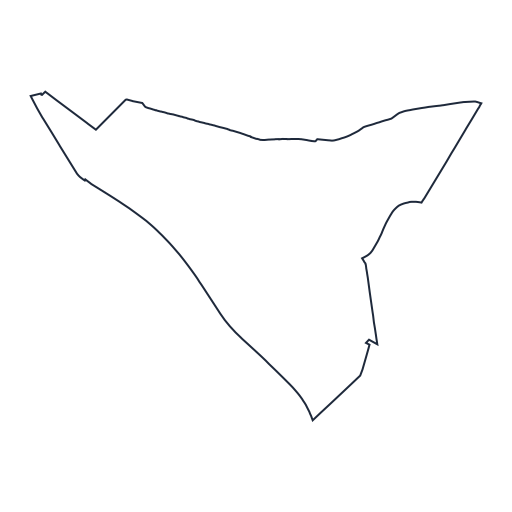 the district of Alblasserdam, Zuid-Holland, Netherlands
{"feature_id": "6326949B80110375564043", "entity_name": "Alblasserdam", "entity_type": "district", "adm_level": 2, "iso_a3": "NLD", "parent_name": "Netherlands", "parent_adm1": "Zuid-Holland", "projection": "robinson", "projection_center": [4.666, 51.86], "detail": "fine", "context": "isolated", "style": "outline", "palette": "slate", "viewbox_px": 512, "rotation_deg": 0, "n_neighbors": 0, "source": "geoboundaries", "source_scale": "gbopen_adm2", "svg_char_len": 5912}
<svg xmlns="http://www.w3.org/2000/svg" viewBox="0 0 512 512"><path d="M312.7,420.3L320.5,412.9L330.2,403.9L343.5,391.4L360.2,375.6L362.5,369.5L366.0,357.3L368.6,348.1L369.5,344.7L366.0,342.9L369.0,339.7L377.3,344.3L376.9,341.8L376.9,341.5L376.5,339.2L375.9,334.9L375.9,334.7L375.8,334.3L374.9,328.2L373.9,322.3L373.1,315.5L372.6,312.3L369.8,292.7L367.8,277.8L367.1,273.5L367.0,272.6L366.2,268.1L366.2,267.7L365.8,264.8L365.5,264.1L365.5,263.5L364.4,262.1L363.7,260.8L362.1,258.3L363.9,257.4L366.1,256.2L367.3,255.5L368.3,254.8L368.9,254.3L369.6,253.7L370.4,253.0L371.2,252.0L372.3,250.6L373.2,249.1L377.7,241.4L378.8,239.2L379.7,237.2L380.9,234.9L381.8,232.9L382.2,231.8L382.7,230.6L383.3,229.1L385.8,223.6L386.2,222.8L387.0,221.3L389.8,216.3L390.7,214.8L391.4,213.7L392.1,212.5L393.1,211.1L394.3,209.7L395.9,208.1L397.2,206.9L397.6,206.6L398.7,205.7L399.9,205.1L400.9,204.6L402.2,204.1L403.8,203.5L404.6,203.3L405.2,203.1L407.1,202.7L407.7,202.6L409.6,202.0L410.3,201.9L410.8,201.9L411.5,201.8L413.1,201.8L416.0,201.8L418.5,202.1L420.5,202.4L421.5,202.6L422.2,201.4L423.3,199.8L423.5,199.4L424.1,198.7L446.6,161.5L451.6,152.9L454.2,148.7L465.4,129.9L466.0,128.8L471.6,119.6L475.3,113.4L478.1,108.7L479.1,107.3L479.5,106.5L480.1,105.2L480.8,104.2L481.3,103.3L479.5,102.8L478.7,102.5L477.1,102.0L476.3,101.8L475.6,101.6L475.0,101.5L474.4,101.5L465.0,102.0L463.1,102.1L462.0,102.3L460.4,102.5L455.8,103.2L449.8,104.1L443.3,105.2L442.2,105.3L440.4,105.6L437.4,105.9L434.7,106.2L432.2,106.5L429.8,106.8L429.3,106.8L427.0,107.2L424.7,107.6L421.8,108.0L418.2,108.6L415.2,109.1L412.8,109.5L410.0,110.1L407.5,110.5L405.5,110.9L403.7,111.4L401.5,112.2L399.7,112.8L398.7,113.3L396.8,114.6L394.7,116.2L392.8,117.6L391.4,118.6L390.1,119.0L387.9,119.7L385.4,120.3L383.1,121.0L381.5,121.5L379.3,122.3L376.7,123.0L374.2,123.9L371.3,124.8L368.7,125.5L366.3,126.2L364.5,126.8L363.3,127.3L362.2,128.2L360.6,129.3L358.7,130.7L357.3,131.5L353.6,133.4L352.1,134.1L350.5,135.0L348.5,135.9L346.8,136.6L344.9,137.3L343.7,137.7L342.2,138.1L340.7,138.6L339.6,139.0L338.7,139.3L337.8,139.5L335.9,140.0L335.1,140.2L334.3,140.4L333.5,140.5L332.8,140.6L332.1,140.6L331.2,140.6L330.6,140.5L329.8,140.4L328.4,140.3L317.3,139.2L315.5,141.2L314.6,141.3L312.6,141.1L311.5,141.0L311.0,140.9L310.9,140.8L310.5,140.8L308.3,140.4L307.0,140.1L305.7,139.9L304.4,139.7L303.2,139.5L302.4,139.4L301.2,139.2L300.6,139.2L299.7,139.1L298.7,139.0L297.1,139.0L294.8,139.0L294.2,139.0L291.3,139.0L289.9,139.1L288.6,139.1L288.0,139.1L287.2,139.2L286.9,139.0L285.6,139.0L284.9,139.0L284.2,139.0L283.4,139.0L283.0,138.9L282.1,139.0L281.6,139.0L280.9,139.2L280.4,139.1L279.6,139.1L279.5,139.3L279.3,139.3L278.7,139.3L278.5,139.1L275.3,139.2L274.2,139.4L273.3,139.4L268.8,139.6L268.5,139.6L266.6,139.8L264.7,140.0L263.3,140.0L262.9,140.0L261.3,139.9L260.6,139.9L260.1,139.8L259.1,139.4L257.3,138.9L257.1,138.9L256.7,138.9L256.4,138.9L256.1,138.8L252.7,137.6L251.1,137.1L251.2,136.9L250.9,136.7L250.7,136.7L250.4,136.4L250.2,136.3L248.1,135.8L243.2,134.0L242.8,133.9L242.5,133.8L240.0,132.9L236.6,131.9L233.0,130.8L232.5,130.7L231.3,130.5L230.6,130.3L230.1,130.2L229.6,130.0L229.2,129.7L228.7,129.5L228.3,129.5L228.2,129.4L227.8,129.2L227.5,129.0L227.0,128.9L224.7,128.3L223.6,128.0L221.5,127.5L219.7,127.1L218.0,126.6L216.2,126.1L215.6,125.9L215.0,125.7L214.5,125.5L214.0,125.4L213.4,125.3L210.8,124.6L209.9,124.5L209.6,124.4L209.0,124.2L207.8,123.8L207.4,123.8L206.8,123.7L206.3,123.6L205.5,123.4L205.0,123.3L204.4,123.0L203.9,122.9L201.2,122.3L200.1,122.1L199.7,122.0L198.1,121.4L197.7,121.4L197.2,121.3L196.5,121.1L195.2,120.7L194.3,120.2L194.1,120.1L193.8,120.0L193.3,119.9L193.1,119.8L192.8,119.7L192.1,119.6L191.2,119.4L190.5,119.3L189.9,119.2L189.5,119.1L189.1,118.9L188.7,118.8L188.5,118.7L188.2,118.7L187.9,118.6L187.7,118.6L187.3,118.4L186.8,118.1L186.3,117.9L184.9,117.6L184.5,117.5L183.9,117.4L183.4,117.3L182.8,117.0L182.5,116.9L182.2,116.8L181.9,116.7L180.5,116.5L180.1,116.4L179.4,116.1L178.9,116.1L178.6,115.9L178.0,115.8L172.7,114.3L172.2,114.3L171.3,114.1L170.4,114.0L169.9,113.9L168.9,113.6L168.4,113.5L167.9,113.5L167.5,113.4L167.2,113.3L166.6,113.0L165.9,112.8L165.0,112.5L164.2,112.3L163.9,112.2L163.6,112.1L163.3,112.1L162.7,112.0L162.4,111.9L161.4,111.6L160.4,111.5L158.5,111.0L157.0,110.6L156.4,110.3L156.2,110.3L156.0,110.2L155.8,110.3L155.6,110.3L154.3,109.8L153.1,109.5L152.0,109.1L150.1,108.5L148.4,108.1L146.4,107.4L145.9,107.2L145.6,107.0L145.3,106.8L145.0,106.6L144.7,106.2L144.4,105.8L143.5,104.6L142.3,103.0L132.5,101.1L132.1,100.9L127.6,99.7L127.4,99.6L127.0,99.5L126.8,99.5L126.6,99.5L126.4,99.5L126.2,99.6L125.8,99.8L125.6,99.8L125.3,100.1L95.9,129.7L87.8,123.7L87.1,123.1L83.5,120.4L82.3,119.5L75.9,114.7L62.1,104.4L56.6,100.3L47.0,93.0L46.4,92.6L45.8,92.1L45.3,91.7L43.6,93.3L42.0,94.9L41.3,94.7L40.9,93.5L30.7,96.0L31.9,98.4L37.1,108.3L38.8,111.3L42.4,117.6L43.1,118.6L45.7,122.8L51.7,132.5L59.3,145.0L59.9,146.1L60.1,146.4L61.9,149.3L77.0,173.7L78.5,175.5L79.9,176.9L81.7,178.3L83.3,179.5L84.8,180.5L85.3,179.4L86.6,180.4L90.2,183.1L90.9,183.7L91.6,184.2L92.4,184.7L105.9,193.1L110.7,196.1L119.1,201.5L122.8,204.0L129.4,208.4L132.7,210.8L136.0,213.2L142.9,218.3L145.1,220.0L146.3,220.9L148.4,222.7L151.2,225.1L154.0,227.6L157.2,230.6L159.5,232.9L161.5,234.8L162.8,236.1L164.7,238.1L167.7,241.2L169.4,243.0L172.9,246.9L176.6,251.2L179.3,254.3L181.7,257.3L183.9,260.1L186.1,263.0L188.3,265.9L190.8,269.3L193.4,272.9L195.4,275.7L197.4,278.6L199.5,282.0L201.4,284.7L203.1,287.3L220.3,313.7L224.8,320.1L229.8,326.2L235.5,332.4L241.0,337.7L242.3,339.0L247.6,343.8L252.5,348.3L257.4,352.8L261.3,356.4L265.8,360.7L269.0,364.0L273.8,368.6L278.0,372.7L283.1,377.7L286.5,381.1L290.1,384.7L292.7,387.4L295.5,390.6L297.3,392.7L297.8,393.3L299.7,395.7L300.8,397.2L302.1,399.0L303.2,400.8L304.5,402.7L305.8,404.8L307.5,408.2L309.3,411.7L310.1,413.8L311.1,415.9L312.0,418.4L312.7,420.3Z" fill="none" stroke="#1e293b" stroke-width="2"/></svg>